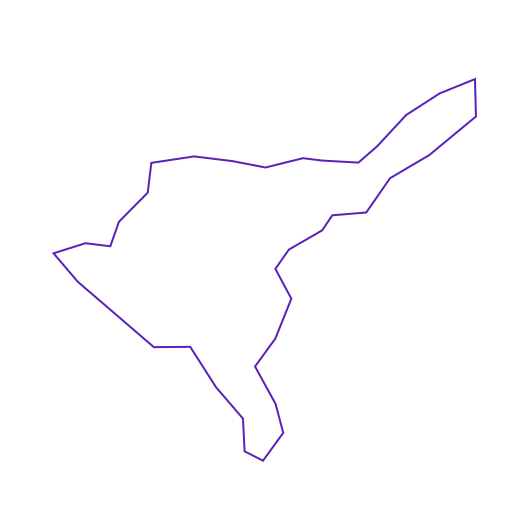 Luqa, Robinson projection, rotated 277°
{"feature_id": "MLT-5964", "entity_name": "Luqa", "entity_type": "state/province", "adm_level": 1, "iso_a3": "MLT", "parent_name": "Malta", "parent_adm1": "", "projection": "robinson", "projection_center": [14.484, 35.851], "detail": "fine", "context": "isolated", "style": "outline", "palette": "violet", "viewbox_px": 512, "rotation_deg": 277, "n_neighbors": 0, "source": "natural_earth", "source_scale": "10m", "svg_char_len": 603}
<svg xmlns="http://www.w3.org/2000/svg" viewBox="0 0 512 512"><g transform="rotate(277 256 256)"><path d="M153.1,165.7L208.6,82.4L234.0,54.7L247.9,85.2L247.9,110.2L273.3,115.8L305.7,140.8L335.7,140.8L347.3,182.4L347.3,221.3L345.0,254.6L358.8,290.7L358.8,310.2L361.2,346.3L379.7,362.9L414.3,387.9L439.8,418.5L458.3,451.8L421.3,457.3L377.3,415.7L349.6,379.6L312.6,360.1L305.7,326.8L289.5,318.5L266.4,287.9L245.6,276.8L217.9,296.3L176.3,285.2L146.2,268.5L111.5,293.5L83.8,304.6L53.7,287.9L60.7,268.5L93.0,262.9L120.8,232.4L157.8,201.8L153.1,165.7Z" fill="none" stroke="#5b21b6" stroke-width="2"/></g></svg>